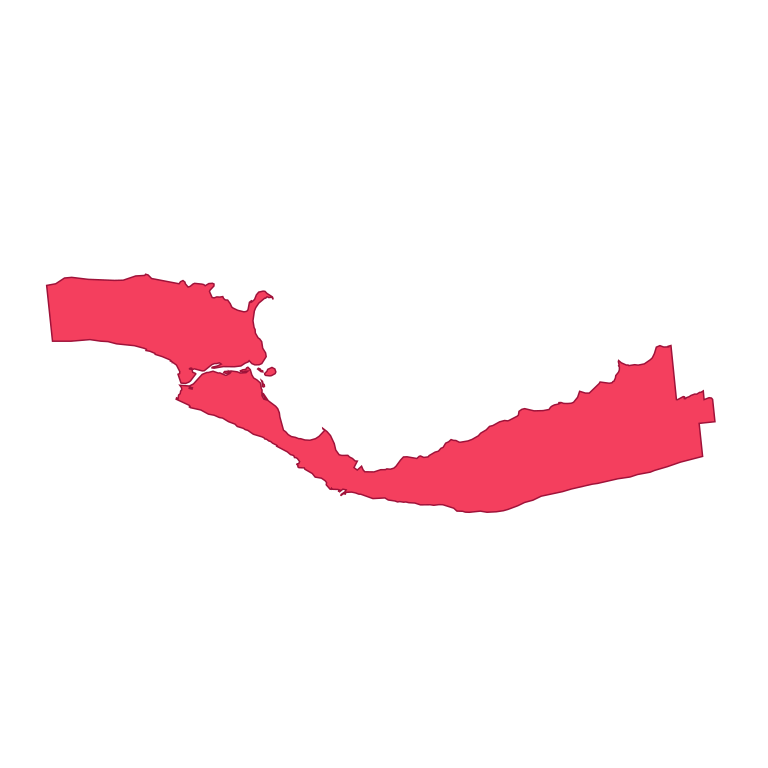 the district of Mandurah, Western Australia, Australia, rotated 264°
{"feature_id": "25037944B7523913669113", "entity_name": "Mandurah", "entity_type": "district", "adm_level": 2, "iso_a3": "AUS", "parent_name": "Australia", "parent_adm1": "Western Australia", "projection": "natural_earth1", "projection_center": [115.702, -32.629], "detail": "fine", "context": "isolated", "style": "filled", "palette": "rose", "viewbox_px": 768, "rotation_deg": 264, "n_neighbors": 0, "source": "geoboundaries", "source_scale": "gbopen_adm2", "svg_char_len": 6167}
<svg xmlns="http://www.w3.org/2000/svg" viewBox="0 0 768 768"><g transform="rotate(264 384 384)"><path d="M392.3,673.4L391.8,670.6L391.2,670.8L391.5,666.1L393.3,662.4L392.2,658.7L386.0,656.1L382.0,653.6L380.3,651.4L376.8,645.0L376.2,638.8L377.0,635.3L376.7,629.4L377.4,628.7L377.5,627.0L380.3,622.2L382.8,619.8L381.7,619.4L378.3,619.8L377.6,619.2L376.2,619.9L373.3,619.5L371.2,618.4L368.2,615.4L365.6,614.7L362.7,612.9L362.5,611.9L361.4,610.9L361.2,608.1L363.4,599.1L362.0,598.1L353.5,587.2L353.9,583.4L356.3,577.8L350.6,575.2L346.0,570.6L345.3,568.3L345.4,564.6L345.9,560.7L347.1,558.1L347.2,556.0L346.5,555.7L346.6,557.6L345.8,555.1L345.4,551.3L344.5,548.8L343.5,547.2L341.4,545.5L340.9,539.4L341.6,530.5L344.8,521.3L344.4,518.4L342.7,515.4L339.0,514.4L338.1,513.2L334.7,504.5L334.4,503.2L335.1,500.1L334.3,495.0L331.3,487.9L330.8,484.5L327.7,480.9L325.0,475.0L322.6,472.4L319.7,465.8L318.6,461.6L318.1,453.8L318.3,452.7L320.3,449.6L320.7,447.1L321.7,444.9L319.8,442.3L318.7,439.1L314.8,436.2L314.1,433.9L311.5,431.1L310.9,427.6L308.1,421.4L306.9,420.2L306.8,415.9L308.6,412.8L308.4,411.5L306.5,408.9L309.2,399.3L309.4,395.7L306.6,392.5L300.9,387.3L299.3,385.0L298.6,381.3L299.3,377.9L298.7,376.5L299.1,371.7L297.6,364.8L298.7,355.7L300.9,354.2L304.6,353.1L301.2,348.4L304.0,345.4L310.1,349.4L310.5,347.2L313.2,344.9L315.0,342.1L316.8,340.6L317.4,334.5L318.3,332.0L323.4,329.1L329.9,328.3L338.3,325.4L342.7,322.3L346.3,318.5L345.8,318.5L344.9,319.8L343.7,319.7L338.7,313.9L336.8,310.2L335.8,304.5L336.6,299.5L338.3,295.4L338.6,293.4L340.2,290.3L341.4,286.4L343.7,283.4L346.7,281.3L348.6,279.2L362.1,277.0L366.3,276.9L370.6,275.7L373.2,273.9L379.5,267.1L387.1,263.0L387.5,262.0L383.2,264.0L382.0,263.7L381.0,265.5L380.4,265.6L381.5,262.9L385.2,261.4L390.9,262.1L392.1,261.5L397.9,261.2L401.3,258.1L403.6,255.0L406.9,253.5L412.3,252.5L414.9,250.4L414.3,249.0L413.0,248.1L412.9,245.0L412.1,242.5L411.6,242.6L411.8,243.2L410.7,245.0L411.2,247.4L411.1,250.1L409.7,248.0L409.9,242.3L411.5,239.2L412.9,233.4L413.1,226.7L412.0,225.8L411.0,228.3L411.6,230.6L412.5,230.7L411.8,231.1L412.1,231.6L411.6,232.0L411.6,232.7L410.7,231.9L409.2,228.3L409.2,227.3L412.2,221.9L412.2,220.3L414.6,215.3L413.8,210.4L414.0,209.1L412.6,204.2L404.0,194.5L402.4,190.4L400.9,191.3L400.3,193.1L399.0,192.6L400.0,189.8L401.4,190.3L402.4,189.9L404.1,180.8L401.4,182.3L399.3,182.2L398.3,181.0L395.7,180.3L394.5,178.6L391.1,177.7L391.7,176.6L391.0,176.7L391.3,176.0L390.6,175.7L383.1,188.2L381.9,188.8L381.5,188.1L380.7,189.0L377.3,199.1L372.4,206.2L370.7,211.8L367.9,216.7L367.0,219.9L362.8,225.4L359.7,231.6L357.1,233.6L354.6,239.5L353.2,241.1L352.1,243.7L347.7,248.8L344.2,257.1L343.0,259.1L341.9,259.6L341.2,261.6L339.4,263.5L338.7,265.2L336.8,267.0L334.4,270.8L333.9,271.3L333.3,270.8L326.6,280.8L323.6,283.6L322.6,286.1L321.7,287.0L320.2,287.3L319.9,288.9L318.9,290.1L315.6,292.0L313.7,290.8L313.7,289.3L313.2,288.9L311.9,289.9L310.6,289.7L309.7,290.6L308.9,296.0L307.5,296.4L302.5,303.3L298.6,305.8L296.9,311.9L293.9,315.4L291.9,316.6L289.8,316.0L285.1,319.3L284.8,320.5L285.8,320.9L284.7,321.8L283.9,327.4L283.3,328.1L281.5,327.4L283.3,328.6L282.8,329.7L282.0,329.4L283.7,332.1L282.7,335.3L280.9,333.9L278.7,330.0L277.4,329.2L279.2,332.2L278.4,334.7L279.1,333.6L280.2,335.0L279.9,340.4L278.7,344.2L277.1,347.4L276.8,349.4L271.2,361.0L270.6,373.0L268.2,376.1L266.5,382.7L265.3,385.1L265.4,387.5L264.4,391.2L264.4,393.4L263.4,396.2L262.4,402.2L260.0,407.6L259.1,417.3L258.2,420.8L258.3,426.1L257.8,429.9L253.2,440.4L250.0,443.2L249.2,448.9L248.1,451.4L247.5,455.3L247.5,466.5L245.7,473.0L245.2,482.2L245.5,489.5L246.3,494.1L248.9,504.2L251.5,511.5L252.9,520.0L256.0,528.6L258.3,550.3L260.0,559.4L262.6,580.5L262.8,586.0L265.3,606.6L265.8,619.0L267.5,626.8L268.5,639.6L269.8,644.2L272.2,657.3L275.3,670.6L278.7,693.3L311.9,693.3L311.9,709.2L334.3,709.2L335.8,708.2L336.4,705.9L335.0,700.7L343.8,700.8L342.6,698.4L342.7,697.1L341.2,693.9L341.5,691.9L340.5,688.0L339.5,686.2L338.8,683.4L337.9,682.4L338.0,681.2L338.5,681.1L338.7,681.9L339.8,681.5L340.2,680.3L337.7,674.2L337.9,673.2L392.3,673.4ZM461.2,58.8L459.3,77.2L458.9,96.2L456.2,106.8L455.0,114.0L451.9,122.2L448.2,139.8L444.5,149.4L443.3,151.4L442.2,150.8L441.0,154.7L438.4,159.4L437.4,159.5L434.4,166.4L430.7,173.1L429.7,174.4L429.2,174.0L427.9,175.9L427.4,175.8L427.4,176.4L424.5,179.6L417.7,182.2L415.7,181.8L415.2,180.3L415.9,180.0L406.2,182.2L406.2,181.8L405.3,186.8L406.2,190.0L407.3,191.9L413.7,197.9L414.4,197.4L415.6,195.0L418.6,194.5L419.2,192.2L419.7,192.2L420.0,193.3L419.5,193.8L419.8,194.4L418.4,195.1L418.9,197.0L416.0,204.7L416.0,206.7L421.2,214.7L422.0,217.4L421.8,220.0L422.3,222.5L420.8,224.2L419.3,220.1L418.8,215.7L418.5,214.7L418.0,214.6L417.5,216.7L418.1,226.0L416.8,237.1L416.9,243.6L419.2,248.0L420.2,251.3L421.3,252.3L418.1,254.7L416.5,257.6L416.2,261.9L417.1,264.6L423.5,269.7L427.3,269.5L432.3,267.1L438.9,266.8L441.8,265.1L443.1,263.6L448.1,261.4L451.7,261.5L453.7,260.7L460.6,260.3L470.1,262.7L473.3,264.4L477.5,267.9L481.8,274.3L481.7,275.3L482.7,276.3L482.8,277.2L482.0,278.5L482.0,281.7L479.7,282.5L480.9,282.5L482.3,282.1L486.3,277.1L488.6,275.3L489.0,273.5L488.5,269.0L486.0,266.4L481.6,264.1L479.5,261.2L478.8,259.5L481.0,261.4L479.3,258.7L472.0,256.5L470.6,255.0L470.4,252.3L472.6,246.2L475.2,242.0L476.5,240.6L479.9,239.5L483.8,237.3L484.2,234.9L485.9,233.4L487.8,232.8L487.6,229.8L488.1,226.8L487.4,224.0L488.0,222.1L494.2,220.1L495.4,220.7L499.2,225.1L501.2,225.4L502.1,223.9L502.2,220.3L500.4,216.4L501.7,215.2L502.4,213.2L503.9,206.2L503.4,204.5L501.4,201.5L500.9,199.3L504.5,196.9L506.1,196.7L507.9,194.9L507.0,192.3L505.1,190.7L513.2,163.9L517.1,160.8L518.1,158.4L517.0,157.4L517.4,148.3L514.5,135.5L515.2,126.8L519.0,100.7L522.7,84.6L522.8,77.3L518.0,68.0L517.3,58.8L461.2,58.8ZM404.1,273.0L405.7,276.8L407.3,277.7L410.4,277.0L412.2,274.3L410.7,269.9L408.9,268.9L406.9,266.4L405.8,266.4L404.9,267.2L404.0,271.4L404.1,273.0ZM412.8,260.7L412.1,259.9L409.2,262.9L408.7,264.8L409.8,264.7L410.6,262.9L412.0,262.3L412.8,260.7ZM393.6,264.1L394.2,264.9L395.9,264.8L397.0,263.7L399.4,263.4L400.3,262.5L398.0,263.1L394.1,263.0L393.6,264.1Z" fill="#f43f5e" stroke="#9f1239" stroke-width="1.5"/></g></svg>